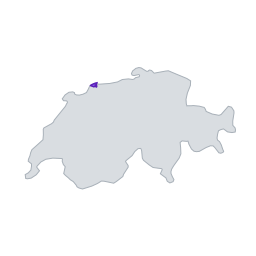 Basel-Stadt highlighted on a map of Switzerland, rotated 354°
{"feature_id": "CHE-3425", "entity_name": "Basel-Stadt", "entity_type": "Canton", "adm_level": 1, "iso_a3": "CHE", "parent_name": "Switzerland", "parent_adm1": "", "projection": "natural_earth1", "projection_center": [7.602, 47.563], "detail": "fine", "context": "in_parent", "style": "filled", "palette": "violet", "viewbox_px": 256, "rotation_deg": 354, "n_neighbors": 0, "source": "natural_earth", "source_scale": "10m", "svg_char_len": 2595}
<svg xmlns="http://www.w3.org/2000/svg" viewBox="0 0 256 256"><g transform="rotate(354 128 128)"><path d="M190.4,84.2L191.8,85.0L195.2,87.7L194.5,92.2L190.7,99.5L188.7,105.5L188.5,110.0L188.9,112.2L189.6,112.1L193.3,112.5L195.2,112.5L201.1,113.7L205.9,115.5L206.9,117.4L207.5,119.7L213.2,122.9L219.8,124.9L222.0,124.3L230.0,116.9L233.1,118.1L235.1,122.0L235.0,124.1L232.9,132.0L232.5,136.3L234.5,139.1L234.7,141.2L234.2,143.2L230.9,143.4L226.6,142.3L222.9,138.9L220.1,139.3L217.7,140.2L216.5,143.4L215.5,147.3L215.8,149.4L217.6,151.1L219.0,154.6L220.0,159.2L220.7,161.2L219.9,162.2L217.7,162.8L215.8,162.2L212.4,156.7L210.8,154.7L208.2,154.3L203.6,155.6L196.5,158.7L193.6,158.7L191.2,158.0L188.9,155.5L186.9,150.5L186.3,147.3L184.9,147.4L180.4,146.5L178.3,147.8L178.3,152.9L177.9,159.2L175.7,163.3L169.4,170.4L167.1,173.5L166.2,175.8L166.0,177.7L167.0,181.0L168.3,184.2L167.2,186.1L163.9,187.0L161.5,185.1L160.5,181.6L155.4,176.9L157.7,173.0L157.3,172.0L148.8,169.9L145.2,166.9L140.0,161.7L139.1,159.5L139.2,152.2L138.9,150.4L138.3,149.6L135.8,149.6L132.3,152.1L129.2,155.9L122.7,160.2L122.0,161.1L124.2,165.3L124.1,166.9L118.8,173.5L117.8,175.7L111.0,179.9L108.0,181.4L98.6,178.4L96.0,178.0L91.8,180.0L85.9,182.0L76.4,183.9L72.9,182.5L71.2,181.2L70.4,179.2L68.0,175.6L65.3,173.5L63.4,171.2L60.9,168.7L59.3,166.6L61.5,159.9L59.9,157.6L59.1,154.2L59.6,151.9L58.7,151.4L50.1,150.1L43.0,150.5L37.8,152.7L33.6,156.4L33.1,157.2L33.4,157.9L35.5,161.3L31.9,164.9L26.5,167.7L22.7,168.0L21.0,167.5L20.9,163.6L24.1,162.2L27.0,159.7L28.0,156.1L28.3,153.6L25.3,150.6L25.7,148.8L27.6,145.3L28.7,142.2L30.2,139.5L36.2,135.2L42.2,130.8L43.1,126.1L43.6,120.4L44.4,119.1L52.5,115.7L54.5,114.3L55.5,112.4L61.8,106.1L68.1,99.8L69.4,97.6L70.4,96.4L70.4,95.4L69.7,94.6L66.7,94.1L65.7,92.1L68.9,88.5L73.0,86.3L76.9,86.3L78.5,87.3L78.4,88.5L80.1,89.7L83.1,90.2L86.7,89.7L90.4,88.4L92.6,85.2L94.0,82.8L99.7,80.1L103.6,81.4L114.5,81.8L122.4,81.1L127.4,79.2L133.5,79.2L137.6,80.2L138.4,80.1L139.5,79.8L140.6,78.8L144.5,78.2L145.0,77.3L144.9,76.5L144.2,76.0L139.4,76.5L137.6,75.8L137.1,74.3L138.6,71.7L142.1,69.5L145.1,69.0L147.3,69.6L152.5,73.6L153.8,73.7L154.5,73.0L155.6,72.6L157.4,73.3L159.4,75.8L159.8,76.2L171.5,75.3L174.1,75.3L182.1,79.7L190.4,84.2Z" fill="#d9dde1" stroke="#a8b0b8" stroke-width="1"/><path d="M101.8,79.8L101.2,81.3L100.7,81.8L99.5,81.7L99.4,81.7L101.2,82.5L101.2,83.6L100.9,83.9L100.4,83.6L100.0,83.4L99.7,83.1L99.3,83.1L98.4,83.5L97.9,83.2L97.3,82.9L96.9,82.8L95.5,82.0L95.2,81.8L95.4,81.6L96.6,81.1L98.3,80.5L100.7,79.9L101.8,79.8Z" fill="#8b5cf6" stroke="#5b21b6" stroke-width="1.5"/></g></svg>